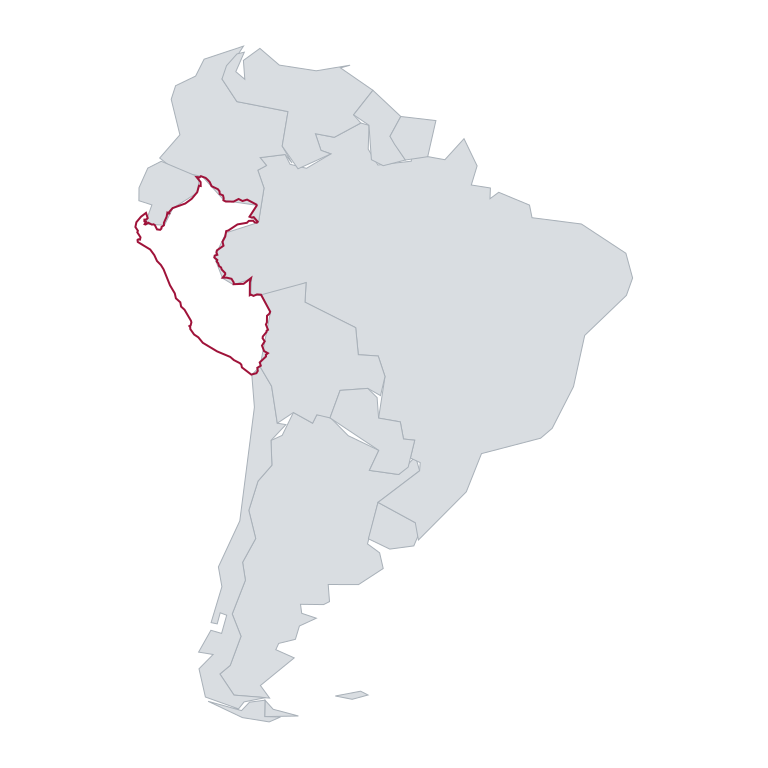 Peru on a map of South America (Albers equal-area conic projection)
{"feature_id": "PER", "entity_name": "Peru", "entity_type": "country or territory", "adm_level": 0, "iso_a3": "PER", "parent_name": "South America", "parent_adm1": "", "projection": "albers", "projection_center": [-73.974, -9.194], "detail": "medium", "context": "in_parent", "style": "outline", "palette": "rose", "viewbox_px": 768, "rotation_deg": 0, "n_neighbors": 12, "source": "natural_earth", "source_scale": "50m", "svg_char_len": 5905}
<svg xmlns="http://www.w3.org/2000/svg" viewBox="0 0 768 768"><path d="M265.0,700.2L273.2,709.3L298.4,716.0L264.7,716.6L265.0,700.2ZM378.0,502.4L367.5,543.9L379.6,552.8L383.2,568.5L358.5,584.6L328.2,584.5L329.5,601.6L323.6,604.6L300.5,604.3L301.7,613.3L316.3,618.2L299.4,626.0L295.4,639.3L278.7,643.4L275.8,649.7L294.2,657.9L260.4,685.5L269.6,698.1L234.0,695.1L219.9,674.0L230.2,665.4L241.0,636.3L232.2,614.0L245.4,580.2L242.6,562.3L255.7,538.5L248.8,510.4L258.0,481.1L271.9,465.2L271.0,440.4L282.2,435.4L293.4,412.5L312.6,423.2L316.8,414.8L328.4,415.6L348.2,435.7L378.8,450.4L369.4,470.4L398.7,474.5L415.5,456.3L419.6,470.8L378.0,502.4Z" fill="#d9dde1" stroke="#a8b0b8" stroke-width="1"/><path d="M265.0,700.2L264.7,716.6L280.5,717.0L269.2,721.9L242.4,717.6L208.1,701.3L241.5,710.6L249.5,702.2L265.0,700.2ZM260.0,366.5L271.6,386.2L277.3,423.2L285.9,424.6L271.0,440.4L271.9,465.2L258.0,481.1L248.8,510.4L255.7,538.5L242.6,562.3L245.4,580.2L232.2,614.0L241.0,636.3L230.2,665.4L219.9,674.0L234.0,695.1L265.6,697.6L244.1,701.9L238.5,708.9L205.4,697.0L199.0,668.8L213.1,654.5L198.6,652.1L210.9,630.3L221.6,633.4L226.7,615.2L220.2,612.8L217.2,623.9L211.1,622.6L221.9,586.7L218.4,566.9L239.8,520.9L254.4,407.2L251.8,374.7L260.0,366.5Z" fill="#d9dde1" stroke="#a8b0b8" stroke-width="1"/><path d="M335.3,696.0L360.6,691.2L368.0,695.0L352.2,699.3L335.3,696.0Z" fill="#d9dde1" stroke="#a8b0b8" stroke-width="1"/><path d="M378.0,502.4L415.3,522.7L420.6,529.8L413.8,545.9L389.8,549.1L368.4,538.8L378.0,502.4Z" fill="#d9dde1" stroke="#a8b0b8" stroke-width="1"/><path d="M418.4,540.0L415.3,522.7L378.0,502.4L419.6,470.8L420.2,462.6L410.4,458.0L414.7,440.2L403.5,439.0L400.3,421.9L378.6,418.1L385.0,376.5L378.2,356.0L358.3,354.7L355.7,327.7L305.0,302.2L306.1,282.6L274.8,295.6L250.7,295.2L251.6,278.7L233.5,284.7L222.5,278.2L214.4,257.2L226.2,232.7L258.5,222.4L264.0,188.1L257.8,170.2L266.5,165.5L260.1,157.6L285.1,154.5L290.1,164.3L306.5,168.3L330.8,153.9L321.0,150.4L315.4,133.7L334.3,137.3L360.8,123.0L369.0,125.3L368.2,149.2L377.9,165.0L411.3,161.2L411.9,153.8L444.9,159.7L464.0,138.7L477.1,165.9L471.3,185.0L490.4,188.0L490.0,198.7L498.7,192.3L529.5,205.1L532.0,217.7L581.4,224.0L625.9,253.3L632.6,278.0L626.4,295.4L584.7,335.4L573.5,386.6L552.2,428.3L540.6,438.2L481.5,453.6L466.3,491.8L418.4,540.0Z" fill="#d9dde1" stroke="#a8b0b8" stroke-width="1"/><path d="M261.5,294.7L306.1,282.6L305.0,302.2L355.7,327.7L358.3,354.7L378.2,356.0L385.0,376.5L380.5,395.6L367.8,388.4L340.1,390.4L330.0,417.9L316.8,414.8L312.6,423.2L293.4,412.5L277.3,423.2L271.6,386.2L260.0,366.5L270.4,312.3L261.5,294.7Z" fill="#d9dde1" stroke="#a8b0b8" stroke-width="1"/><path d="M292.1,163.1L285.1,154.5L260.1,157.6L266.5,165.5L257.8,170.2L264.0,188.1L258.5,222.4L249.9,216.3L257.0,205.3L224.3,200.6L202.2,176.4L176.9,171.7L159.7,158.0L179.9,134.8L171.2,99.3L175.6,85.7L195.6,76.1L204.1,59.2L243.5,46.1L222.0,79.0L236.9,101.6L288.0,111.6L282.2,146.1L292.1,163.1Z" fill="#d9dde1" stroke="#a8b0b8" stroke-width="1"/><path d="M360.8,123.0L334.3,137.3L315.4,133.7L321.0,150.4L330.8,153.9L298.0,168.8L282.2,146.1L288.0,111.6L236.9,101.6L222.0,79.0L226.5,65.7L237.0,53.9L244.3,52.2L235.8,71.7L244.8,79.3L243.4,60.4L259.9,48.4L279.3,65.1L316.2,70.8L350.1,65.2L340.5,67.9L372.9,90.3L353.6,114.8L360.8,123.0Z" fill="#d9dde1" stroke="#a8b0b8" stroke-width="1"/><path d="M405.4,160.0L383.2,165.7L371.4,159.7L369.0,125.3L353.6,114.8L372.9,90.3L400.8,116.5L390.0,136.3L405.4,160.0Z" fill="#d9dde1" stroke="#a8b0b8" stroke-width="1"/><path d="M427.7,156.7L405.4,160.0L394.5,144.2L390.0,136.3L400.8,116.5L435.9,120.6L427.7,156.7Z" fill="#d9dde1" stroke="#a8b0b8" stroke-width="1"/><path d="M199.3,177.4L197.5,192.6L172.8,208.3L164.4,225.2L145.0,224.1L151.9,204.9L138.9,200.7L139.0,187.8L147.8,168.1L161.2,161.3L199.3,177.4Z" fill="#d9dde1" stroke="#a8b0b8" stroke-width="1"/><path d="M377.1,397.6L378.6,418.1L400.3,421.9L403.5,439.0L414.7,440.2L408.2,467.1L398.7,474.5L369.4,470.4L378.8,450.4L330.0,417.9L340.1,390.4L367.8,388.4L377.1,397.6Z" fill="#d9dde1" stroke="#a8b0b8" stroke-width="1"/><path d="M257.7,221.7L256.8,222.7L254.8,222.4L253.0,220.7L248.8,220.9L246.9,222.8L237.5,224.4L228.3,230.5L226.2,231.1L225.2,236.6L222.5,241.7L223.5,245.7L216.9,250.4L216.4,252.3L217.3,254.8L214.7,255.6L214.3,257.5L217.3,260.0L216.7,261.6L218.1,263.1L219.1,266.1L221.1,267.5L221.7,269.5L225.2,273.1L225.2,274.5L222.7,277.7L226.9,277.7L231.5,278.8L233.7,282.4L233.6,284.2L243.6,283.8L251.0,278.1L249.9,282.3L249.8,295.2L250.9,294.6L253.5,295.9L257.0,294.4L261.0,294.7L270.2,311.7L269.4,313.7L267.0,315.8L266.9,322.4L265.9,324.5L268.0,329.8L266.6,330.8L266.5,332.0L262.8,336.5L262.6,338.3L264.7,341.3L262.0,345.6L264.1,351.1L267.9,353.2L265.9,354.7L266.0,356.5L259.7,362.4L260.8,365.7L257.3,367.8L257.8,370.9L256.4,373.2L251.3,374.6L241.9,367.4L241.3,364.6L239.9,363.2L233.9,360.1L230.2,356.9L217.1,351.4L202.8,342.8L198.3,337.3L194.1,334.5L190.3,329.1L190.2,327.1L189.4,326.1L190.6,325.5L191.4,322.4L191.0,320.8L184.5,309.7L181.1,306.6L180.3,302.3L175.9,298.3L174.8,293.4L170.0,285.3L163.6,269.4L160.9,265.0L157.0,261.0L154.3,255.1L150.2,249.5L137.8,242.0L137.5,240.0L138.3,239.3L140.0,239.6L140.5,237.3L137.3,232.3L137.9,230.8L135.4,227.0L136.4,222.2L141.0,216.7L146.0,212.9L147.7,218.1L146.4,219.5L144.4,219.6L144.4,221.3L145.9,221.8L144.6,224.2L145.6,224.5L148.2,222.7L151.9,224.6L153.6,224.3L154.9,225.2L157.0,229.4L160.2,229.8L161.4,228.6L161.5,227.0L163.9,225.3L163.9,222.8L166.6,216.8L167.4,212.7L168.7,213.6L169.4,213.4L169.1,212.1L172.6,208.1L185.3,203.5L191.7,198.8L197.2,192.2L199.0,185.7L200.7,186.0L200.6,182.1L196.6,177.1L199.7,177.3L200.9,176.2L205.6,177.9L207.6,179.7L209.7,182.0L211.6,186.2L217.9,189.2L219.5,191.3L219.7,194.0L223.0,195.4L223.7,198.2L223.4,200.3L225.7,201.5L233.6,201.6L238.6,199.0L242.5,201.0L247.1,199.6L256.5,204.6L256.7,205.6L249.5,216.7L251.7,217.6L253.7,217.1L257.7,221.7Z" fill="none" stroke="#9f1239" stroke-width="2"/></svg>